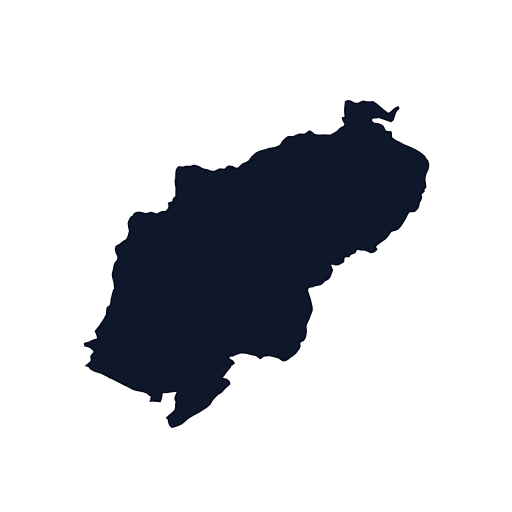 Turnu Ruieni, Caras-Severin, Romania (Albers equal-area conic projection), rotated 291°
{"feature_id": "2599482B88059248818528", "entity_name": "Turnu Ruieni", "entity_type": "district", "adm_level": 2, "iso_a3": "ROU", "parent_name": "Romania", "parent_adm1": "Caras-Severin", "projection": "albers", "projection_center": [22.358, 45.376], "detail": "fine", "context": "isolated", "style": "filled", "palette": "ink", "viewbox_px": 512, "rotation_deg": 291, "n_neighbors": 0, "source": "geoboundaries", "source_scale": "gbopen_adm2", "svg_char_len": 6044}
<svg xmlns="http://www.w3.org/2000/svg" viewBox="0 0 512 512"><g transform="rotate(291 256 256)"><path d="M407.1,380.3L409.4,377.4L411.1,372.3L412.2,365.7L412.6,359.7L412.7,353.7L413.2,350.6L413.8,344.0L415.1,339.9L419.1,338.2L419.7,337.8L420.2,337.2L419.4,335.0L418.8,332.7L419.5,331.5L422.5,328.1L423.1,326.1L423.1,322.5L422.0,319.1L422.8,316.0L423.7,315.1L425.1,314.6L426.5,315.3L427.7,317.3L428.6,319.5L429.6,320.6L430.0,333.9L432.1,335.1L439.7,334.7L442.5,335.2L444.7,336.4L446.0,335.1L443.5,332.8L438.3,330.2L436.2,328.2L438.4,321.3L440.9,314.3L441.8,309.9L440.8,307.8L439.9,305.6L439.3,303.4L439.0,301.0L438.2,299.9L437.2,298.8L436.2,297.8L435.0,297.0L433.8,293.3L434.4,288.2L433.6,285.7L431.9,284.4L425.0,286.3L423.5,286.8L417.9,289.5L416.9,289.1L416.0,287.3L414.9,287.9L414.0,288.7L411.4,291.6L410.2,292.4L408.5,291.8L407.1,290.3L405.4,289.1L404.4,288.6L402.3,287.7L400.6,286.8L395.5,282.5L394.8,281.0L394.1,278.5L393.2,276.1L392.4,274.2L391.5,272.4L390.5,268.7L390.3,267.2L391.2,264.5L391.9,261.7L391.3,260.8L389.9,259.9L388.4,259.1L386.6,257.2L386.0,255.0L385.2,252.9L383.0,250.4L380.7,248.2L378.7,243.2L376.4,241.6L372.4,239.9L368.4,239.2L367.0,238.2L364.1,235.2L360.9,229.8L358.4,226.8L356.3,223.7L354.3,221.3L352.0,219.3L346.8,216.6L342.1,215.4L340.1,213.9L336.8,210.5L332.5,208.5L331.5,207.8L330.8,206.9L330.7,206.1L330.6,204.7L330.9,202.1L330.2,198.6L328.9,197.2L327.4,196.9L325.6,195.8L324.1,190.9L320.7,187.8L319.7,186.5L319.2,184.8L318.8,182.7L318.9,180.9L318.8,179.1L318.2,176.2L318.3,173.9L318.7,171.2L318.8,170.2L318.7,168.2L318.5,166.1L317.3,164.2L315.9,162.5L314.5,158.5L312.7,156.3L312.1,154.4L311.7,152.4L310.2,151.3L307.5,151.0L303.7,152.0L299.9,153.4L297.6,153.6L294.1,155.2L290.8,157.2L283.0,160.0L281.7,159.5L280.5,158.8L279.5,158.5L278.0,159.0L276.3,158.5L273.9,155.5L272.9,156.4L272.3,156.7L271.0,157.2L269.7,157.4L267.7,157.1L266.5,156.7L265.0,155.8L263.8,152.6L261.9,150.7L259.9,149.0L259.3,148.0L259.0,142.4L257.2,140.1L256.4,138.8L255.7,137.5L255.6,135.6L255.3,133.8L255.0,132.0L254.4,130.2L252.9,128.1L251.3,127.1L249.4,127.1L249.2,127.0L248.2,126.3L247.3,125.4L244.8,125.0L243.1,124.9L240.6,125.2L237.3,127.0L234.2,129.1L228.8,129.7L226.2,129.6L225.0,129.3L224.3,128.9L223.6,128.5L222.4,127.3L218.3,124.9L216.7,123.7L215.3,122.3L214.5,122.2L213.7,122.2L212.3,122.4L211.4,122.8L209.4,124.1L208.4,125.0L207.5,126.0L206.7,127.0L204.4,128.1L202.4,128.2L198.4,127.0L195.7,127.2L193.2,127.8L187.9,128.4L185.2,129.7L180.5,133.1L174.8,135.9L173.0,135.5L170.4,135.6L163.3,136.6L160.6,137.4L157.7,137.7L156.5,137.3L154.7,135.8L153.1,135.9L147.6,137.6L143.9,137.0L143.0,137.0L141.6,136.7L140.0,136.3L139.1,136.3L137.8,135.8L136.0,135.4L135.1,135.4L133.7,134.8L128.2,133.1L125.6,135.8L124.7,136.3L122.2,138.2L121.1,137.1L119.9,135.4L117.0,132.2L115.8,131.4L112.9,127.4L110.8,128.6L111.3,130.7L111.4,132.9L111.3,134.1L110.8,136.0L110.4,136.2L110.4,136.4L110.6,136.8L110.1,137.5L109.4,139.2L109.1,139.0L107.5,139.4L104.1,138.0L102.5,138.2L100.3,139.5L98.7,139.9L97.7,139.6L92.8,136.8L92.9,138.2L92.8,139.9L92.7,140.3L91.8,141.4L91.6,141.8L91.1,143.7L91.1,144.4L90.9,145.4L90.9,148.2L91.0,150.1L91.0,151.6L91.1,151.8L91.4,151.9L91.3,153.1L91.1,154.6L90.9,156.9L90.7,159.0L90.5,162.0L90.4,162.3L90.0,162.4L89.9,162.6L90.2,164.2L90.2,165.5L90.0,166.0L89.7,169.4L89.5,170.5L89.2,174.2L88.5,180.2L88.5,182.5L88.2,183.9L88.1,185.8L87.8,186.8L87.7,187.7L87.7,191.9L87.9,191.9L88.2,194.4L88.6,196.5L88.8,198.4L89.3,200.5L89.0,201.2L89.0,201.5L89.3,202.1L89.1,202.9L89.0,203.6L88.8,204.3L88.4,205.8L88.0,206.2L88.1,207.0L88.4,208.1L87.8,208.4L85.9,209.1L84.1,209.4L82.8,209.4L83.1,210.0L83.8,211.6L84.4,213.8L85.2,216.3L85.5,217.3L85.6,218.5L88.5,218.6L91.9,218.0L95.0,217.3L96.8,221.8L100.0,227.3L102.3,231.7L101.8,231.5L101.3,231.4L94.8,231.2L94.3,231.4L92.7,232.3L92.4,232.6L92.3,233.2L92.2,233.7L91.9,233.7L88.3,234.5L87.8,234.6L87.0,235.1L84.4,235.7L82.9,235.6L82.2,235.4L79.4,234.1L76.9,232.8L76.4,232.4L73.8,231.2L73.2,230.6L73.0,230.9L72.1,232.7L71.8,232.9L69.9,234.0L67.7,235.7L67.0,236.4L66.9,236.9L66.8,237.1L66.5,238.0L66.0,238.9L67.6,241.0L69.2,243.0L71.0,244.9L72.9,246.7L76.2,248.6L80.3,250.7L85.3,254.6L90.1,258.8L97.0,263.8L101.2,266.1L103.1,266.3L105.0,266.6L106.9,267.1L108.7,267.8L113.3,269.9L116.0,272.1L117.3,272.8L119.7,273.6L122.0,274.6L124.3,275.8L126.5,277.0L127.7,277.0L129.1,275.8L130.2,273.2L129.7,268.7L130.4,267.7L133.5,268.8L136.8,269.5L143.0,271.8L143.4,271.1L144.5,271.6L148.0,273.9L149.2,272.4L149.8,271.0L149.7,269.6L151.0,266.3L153.6,267.8L154.3,269.8L157.2,272.6L160.3,276.5L161.9,281.3L162.4,286.5L163.2,291.3L163.2,292.2L161.9,296.8L165.1,298.7L165.7,299.5L168.0,304.0L168.7,309.0L169.1,314.0L168.4,316.4L168.0,318.8L168.3,319.5L169.1,320.8L169.6,321.4L170.9,322.5L172.5,323.5L173.6,324.0L176.0,325.8L179.4,327.7L185.5,329.4L187.3,329.3L190.5,327.7L192.1,328.3L193.7,330.0L195.3,330.7L197.0,331.1L200.6,330.6L204.1,329.7L207.4,328.0L209.7,327.4L213.1,327.5L216.2,327.9L220.0,327.7L225.3,327.8L228.2,326.6L234.2,322.6L237.2,320.3L241.3,316.8L243.4,315.8L245.7,316.3L246.8,318.0L247.7,319.8L249.3,321.3L252.5,326.4L254.9,327.9L256.9,328.5L260.1,331.3L261.6,332.0L263.7,332.4L270.4,332.3L272.2,330.3L274.3,328.7L275.6,328.9L276.1,330.5L276.4,333.7L277.7,336.1L281.4,339.3L282.3,339.6L285.2,338.7L287.3,339.3L288.0,340.4L288.7,342.9L290.9,343.3L291.8,343.9L294.7,347.1L297.7,347.3L298.8,347.8L299.5,352.3L300.3,354.1L300.7,355.9L300.8,357.1L300.4,361.9L301.7,363.9L302.3,364.6L302.7,364.9L303.7,365.5L305.4,366.3L306.1,365.5L306.3,365.1L306.5,364.5L307.5,363.9L310.2,365.0L314.4,367.7L318.5,370.5L322.7,372.0L327.1,373.0L329.0,375.0L330.6,377.3L332.2,378.8L335.1,380.0L340.7,381.3L346.2,382.1L349.0,382.3L351.7,382.7L352.9,384.2L354.0,387.0L355.1,388.3L358.6,389.8L360.9,389.8L364.6,389.1L366.5,389.5L367.5,389.6L369.8,389.5L370.8,389.1L371.7,388.3L372.1,387.8L373.9,388.1L376.5,389.7L377.6,388.6L380.9,389.6L382.2,389.2L388.3,385.9L391.0,385.3L394.5,385.0L398.3,385.3L401.0,385.0L402.3,384.6L403.6,384.1L406.5,381.9L407.1,380.3Z" fill="#0f172a" stroke="#020617" stroke-width="1.5"/></g></svg>